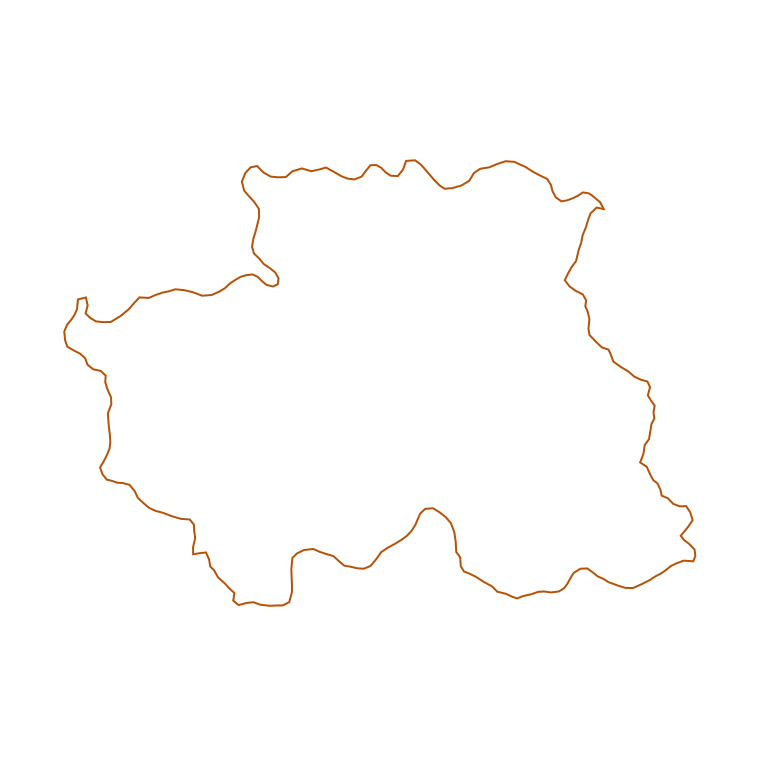 Pratinha, Minas Gerais, Brazil, rotated 184°
{"feature_id": "56859067B43634204872254", "entity_name": "Pratinha", "entity_type": "district", "adm_level": 2, "iso_a3": "BRA", "parent_name": "Brazil", "parent_adm1": "Minas Gerais", "projection": "orthographic", "projection_center": [-46.401, -19.763], "detail": "fine", "context": "isolated", "style": "outline", "palette": "amber", "viewbox_px": 768, "rotation_deg": 184, "n_neighbors": 0, "source": "geoboundaries", "source_scale": "gbopen_adm2", "svg_char_len": 3830}
<svg xmlns="http://www.w3.org/2000/svg" viewBox="0 0 768 768"><g transform="rotate(184 384 384)"><path d="M513.6,153.3L505.8,156.0L499.0,157.2L492.0,155.2L482.1,154.8L475.7,155.6L469.7,156.0L463.3,159.8L461.3,170.1L461.8,177.2L462.6,184.1L463.5,192.5L463.3,204.0L459.0,208.9L452.3,212.8L443.0,214.5L436.5,212.1L429.7,210.4L422.5,208.8L415.7,203.4L410.9,200.0L404.4,199.4L398.1,198.3L391.3,198.3L384.8,201.5L379.4,208.9L375.2,216.0L368.8,221.0L361.5,225.6L355.0,230.3L350.4,234.3L346.0,239.9L342.8,245.9L340.9,251.5L338.9,257.2L334.2,262.3L326.5,263.5L319.8,260.0L313.1,255.5L307.5,249.8L303.5,241.0L301.5,231.8L300.2,221.4L295.9,216.4L294.7,207.6L291.1,202.5L285.5,200.8L278.5,197.9L271.0,193.7L262.2,189.7L256.5,184.7L247.6,183.2L241.6,180.8L236.3,179.4L230.6,182.1L222.3,184.6L215.7,187.4L209.9,188.2L202.9,187.7L195.2,189.2L190.4,192.6L187.4,197.0L184.8,202.6L181.8,208.6L175.3,213.4L168.3,214.2L162.4,210.5L157.2,206.9L151.3,204.8L146.3,202.0L141.0,200.5L135.1,198.8L128.6,197.4L121.3,197.9L113.1,202.2L105.3,206.9L99.9,211.0L94.3,214.4L89.9,218.0L84.8,222.7L79.3,225.7L72.7,228.7L63.1,228.7L61.4,234.1L62.6,240.4L68.7,246.0L73.6,249.1L77.4,253.3L70.4,263.1L66.6,269.7L69.6,277.4L74.1,283.3L80.3,282.5L87.1,284.6L93.0,289.9L99.2,292.0L100.9,297.9L104.3,303.9L108.7,306.9L111.9,311.8L116.1,319.7L123.0,323.6L120.3,332.6L119.7,341.2L115.8,347.5L115.0,355.5L114.4,362.7L111.9,368.4L113.2,374.7L112.5,381.2L116.7,386.4L120.0,391.1L118.4,399.5L121.5,404.9L127.7,406.1L134.6,408.7L141.1,413.5L149.1,417.6L156.8,422.4L159.9,429.4L162.5,434.0L169.2,435.7L175.5,440.9L182.5,447.3L183.9,453.4L183.6,463.0L185.9,470.4L188.6,475.6L188.2,481.6L192.0,487.3L199.1,490.2L205.8,494.4L210.9,500.1L208.1,507.2L204.7,514.2L201.0,520.0L199.1,531.4L197.1,538.8L196.3,546.1L193.5,554.4L191.7,562.5L189.9,568.5L184.2,574.8L177.0,573.8L181.1,580.4L186.8,584.6L192.6,588.4L198.9,589.0L203.9,585.2L208.6,582.5L214.1,580.0L219.7,578.6L225.6,582.1L229.4,588.2L231.2,593.9L235.3,599.8L242.7,602.8L250.8,606.4L258.2,610.5L264.0,612.6L269.4,614.7L278.3,614.7L287.0,611.1L294.1,607.5L303.1,605.4L309.0,600.7L313.2,592.6L320.7,587.4L329.4,584.2L337.0,583.0L342.1,585.7L348.8,591.6L355.8,598.8L362.4,605.4L368.7,609.3L377.5,608.1L380.0,599.2L384.8,592.3L392.0,592.3L397.2,595.3L401.7,599.4L406.9,601.9L412.8,601.3L416.8,595.6L420.8,589.3L427.8,586.0L435.0,586.4L441.2,588.4L448.5,592.0L457.0,595.9L463.4,593.5L471.3,591.2L480.9,593.3L490.1,589.9L496.3,583.6L504.2,582.8L511.4,583.0L519.1,586.6L525.8,592.6L532.2,590.8L537.0,584.9L539.9,576.0L537.0,567.2L531.5,561.6L526.1,556.5L521.0,549.9L520.2,541.6L521.5,534.1L522.9,526.3L524.5,519.5L525.2,511.7L522.9,505.2L517.1,500.3L512.6,495.5L505.5,491.3L500.3,487.7L496.6,482.1L496.9,476.1L501.6,473.5L508.2,474.7L513.1,478.3L517.6,482.2L522.7,484.1L528.9,483.0L534.5,480.9L539.4,477.6L544.9,473.4L549.1,468.7L555.0,464.5L562.4,460.7L571.6,459.4L580.9,462.2L589.9,463.7L598.9,463.9L604.5,461.6L611.2,459.8L618.0,456.9L624.5,453.5L634.0,453.3L639.0,447.2L643.9,440.7L651.5,433.5L660.9,426.8L668.4,426.1L675.8,426.4L681.5,429.3L686.6,433.6L685.1,441.7L687.4,449.5L695.2,447.0L695.5,437.1L697.8,430.9L700.6,426.1L704.3,421.0L706.6,414.1L705.2,405.5L702.6,399.2L695.9,395.9L689.1,392.9L683.9,388.8L681.2,382.6L675.1,378.4L667.4,377.2L662.2,372.9L662.2,366.4L659.7,359.8L655.4,351.7L654.6,344.8L657.4,335.5L655.8,324.0L654.0,314.5L652.9,306.9L653.3,300.4L655.3,294.1L658.1,287.5L661.4,281.0L658.6,274.4L653.9,269.3L648.7,268.4L643.2,266.9L637.9,267.0L630.9,265.7L625.2,259.7L621.6,253.2L615.1,248.0L609.5,243.9L603.0,241.5L595.6,240.1L586.4,237.3L577.1,235.3L568.4,235.3L563.8,230.4L563.1,224.1L561.6,217.2L563.1,207.7L562.5,200.8L556.4,202.3L549.8,203.5L546.2,196.6L544.6,189.8L540.5,186.3L536.0,179.4L528.8,173.9L524.3,169.5L518.6,165.0L519.3,157.3L513.6,153.3Z" fill="none" stroke="#b45309" stroke-width="2"/></g></svg>